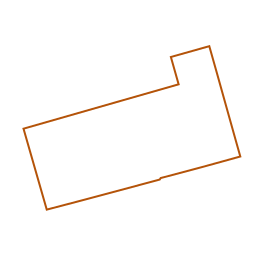 the district of Miami, Indiana, United States of America, rotated 255°
{"feature_id": "52423323B68202154434089", "entity_name": "Miami", "entity_type": "district", "adm_level": 2, "iso_a3": "USA", "parent_name": "United States of America", "parent_adm1": "Indiana", "projection": "robinson", "projection_center": [-86.062, 40.781], "detail": "fine", "context": "isolated", "style": "outline", "palette": "amber", "viewbox_px": 256, "rotation_deg": 255, "n_neighbors": 0, "source": "geoboundaries", "source_scale": "gbopen_adm2", "svg_char_len": 323}
<svg xmlns="http://www.w3.org/2000/svg" viewBox="0 0 256 256"><g transform="rotate(255 128 128)"><path d="M71.4,229.1L85.7,228.9L129.1,228.4L157.4,228.1L186.0,227.7L185.5,187.8L157.1,188.2L154.4,26.9L70.2,28.4L70.0,68.3L70.0,145.3L71.2,146.6L71.1,188.8L71.4,229.1Z" fill="none" stroke="#b45309" stroke-width="2"/></g></svg>